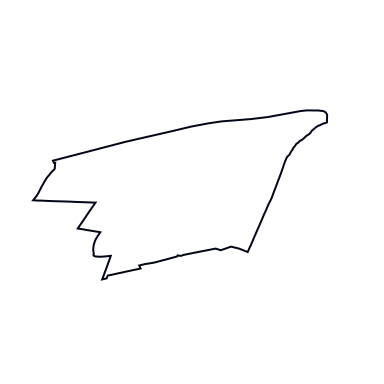 outline of An Minh, Kiên Giang, Vietnam, rotated 71°
{"feature_id": "81297802B42244354568951", "entity_name": "An Minh", "entity_type": "district", "adm_level": 2, "iso_a3": "VNM", "parent_name": "Vietnam", "parent_adm1": "Kiên Giang", "projection": "equal_earth", "projection_center": [104.944, 9.672], "detail": "fine", "context": "isolated", "style": "outline", "palette": "ink", "viewbox_px": 384, "rotation_deg": 71, "n_neighbors": 0, "source": "geoboundaries", "source_scale": "gbopen_adm2", "svg_char_len": 2948}
<svg xmlns="http://www.w3.org/2000/svg" viewBox="0 0 384 384"><g transform="rotate(71 192 192)"><path d="M170.2,41.8L163.0,39.1L161.1,39.4L159.6,40.1L158.2,41.6L156.0,46.2L152.3,56.6L150.9,62.5L145.8,96.0L142.2,112.7L134.9,140.9L132.4,154.2L129.9,171.3L128.3,187.8L127.6,194.6L124.4,224.3L122.9,238.6L119.7,280.2L117.1,313.3L118.5,313.1L119.4,313.1L119.8,312.9L120.0,312.6L120.0,311.9L121.3,312.5L123.0,313.2L124.1,313.7L124.6,313.9L125.3,314.2L125.6,314.6L126.0,315.2L126.7,316.9L127.7,318.8L128.5,320.0L129.5,321.6L129.8,322.1L130.7,323.7L131.4,324.7L132.5,326.1L133.7,327.6L137.0,331.3L138.2,332.7L142.2,336.8L143.2,337.9L145.1,340.2L145.9,341.5L146.4,342.2L147.0,343.2L148.1,344.9L149.9,340.6L150.4,339.3L151.1,337.3L155.4,326.4L157.3,321.3L161.5,310.2L163.6,305.0L165.7,299.5L170.0,288.4L170.6,286.7L173.4,290.5L174.7,292.3L179.3,298.5L180.8,300.5L184.0,304.7L189.3,311.9L189.9,310.8L192.3,306.3L193.3,304.6L195.1,301.2L196.8,298.1L198.2,295.5L199.8,292.4L200.2,291.8L203.0,295.6L205.2,298.2L206.6,299.6L209.7,301.9L210.9,302.6L213.6,303.9L216.2,304.6L217.7,304.8L218.5,305.0L218.9,305.3L219.2,305.5L219.6,305.7L220.0,305.6L220.3,305.5L220.7,305.3L221.0,304.9L221.5,304.3L221.6,304.0L223.1,300.6L224.4,296.2L225.9,289.6L228.1,291.3L235.7,297.4L239.5,300.5L240.3,301.2L241.1,301.8L243.6,303.9L244.7,304.8L245.4,305.4L245.9,300.9L243.6,298.9L244.1,295.1L245.8,280.4L247.0,270.5L247.6,265.6L244.3,265.8L244.4,265.1L244.8,260.2L245.7,255.2L246.4,251.0L247.7,233.5L247.7,233.4L248.1,227.1L247.3,226.2L247.7,225.5L248.7,223.5L248.8,223.0L248.8,222.6L248.8,221.9L248.8,221.6L248.7,221.1L248.7,220.7L248.8,220.1L250.2,209.6L253.2,188.1L256.4,183.8L256.4,172.8L261.0,165.7L266.9,158.9L262.4,154.7L261.8,154.0L256.0,148.8L254.9,147.8L249.0,142.4L242.8,136.7L238.8,133.1L236.0,130.6L233.9,128.5L229.0,124.1L224.4,119.4L223.3,118.4L218.9,114.8L214.6,111.2L210.2,107.6L208.9,106.5L205.7,103.8L204.8,103.1L203.9,102.3L201.0,100.0L199.0,98.4L196.3,96.4L195.2,95.5L193.5,94.2L191.9,92.7L190.3,91.2L189.8,90.7L189.6,90.5L189.5,90.3L189.5,90.1L189.4,89.8L189.1,89.1L188.7,88.1L188.5,87.7L188.3,87.5L188.1,87.4L187.6,86.9L187.2,86.4L186.7,85.9L186.3,85.4L185.8,84.8L185.1,83.8L184.7,83.2L184.5,82.9L184.1,82.7L183.7,82.3L183.2,81.8L183.0,81.4L182.7,80.9L182.4,80.3L181.8,79.4L181.6,79.0L181.0,78.4L180.7,78.0L180.5,77.6L180.3,77.2L180.2,76.7L180.1,76.3L180.0,75.8L179.9,75.4L179.8,75.1L179.6,74.8L179.3,74.3L179.0,73.9L178.9,73.7L178.9,73.4L178.7,72.8L178.7,72.2L178.6,71.7L178.5,71.2L178.2,70.3L177.9,69.5L177.7,68.8L177.5,68.5L177.4,68.2L177.2,67.8L177.0,67.3L176.5,66.6L176.3,65.9L176.1,65.2L175.8,63.8L175.5,62.8L175.3,62.1L175.1,61.7L174.9,61.2L174.7,60.9L174.5,60.7L174.3,60.3L173.9,59.8L173.5,59.3L173.1,58.7L172.9,58.3L172.7,57.7L172.4,57.1L172.0,55.8L171.2,54.0L171.0,53.2L170.8,52.6L170.7,52.0L170.6,51.4L170.5,50.8L170.5,49.8L170.4,48.5L170.2,47.5L170.1,46.6L170.1,45.5L170.1,44.8L170.2,41.8Z" fill="none" stroke="#020617" stroke-width="2"/></g></svg>